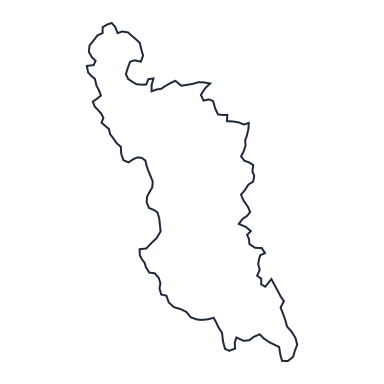 Itaú de Minas, Minas Gerais, Brazil
{"feature_id": "56859067B38132611717867", "entity_name": "Itaú de Minas", "entity_type": "district", "adm_level": 2, "iso_a3": "BRA", "parent_name": "Brazil", "parent_adm1": "Minas Gerais", "projection": "robinson", "projection_center": [-46.774, -20.734], "detail": "fine", "context": "isolated", "style": "outline", "palette": "slate", "viewbox_px": 384, "rotation_deg": 0, "n_neighbors": 0, "source": "geoboundaries", "source_scale": "gbopen_adm2", "svg_char_len": 2429}
<svg xmlns="http://www.w3.org/2000/svg" viewBox="0 0 384 384"><path d="M94.7,106.6L98.2,110.2L101.3,113.7L103.4,117.9L101.5,122.7L105.0,125.7L108.9,129.0L110.2,134.3L113.3,138.3L116.6,143.1L120.9,146.9L121.2,153.7L123.3,160.1L128.5,162.4L133.7,158.9L137.6,157.4L141.8,157.9L145.4,160.6L146.6,165.9L148.3,170.7L150.7,176.5L152.7,181.5L152.3,187.3L149.2,192.6L147.1,196.6L146.6,202.2L149.0,208.0L154.0,210.0L157.5,212.5L159.2,218.3L159.9,224.6L160.6,231.4L156.8,237.9L151.8,242.7L146.2,248.5L139.6,249.2L139.8,255.3L141.9,259.3L144.6,262.8L146.0,267.4L149.3,272.6L154.7,273.3L158.6,277.7L160.4,283.2L159.5,288.4L161.2,294.5L166.4,295.7L168.8,302.5L173.8,307.1L180.6,309.1L186.3,311.9L190.9,317.4L197.4,319.6L201.7,319.9L207.4,319.4L213.7,317.8L216.1,322.3L218.3,327.1L222.0,332.7L223.0,341.3L225.0,348.8L229.2,350.8L235.1,348.6L234.7,342.8L236.4,337.5L243.6,340.8L249.2,340.3L253.6,336.9L259.7,334.3L263.8,338.5L269.5,342.3L275.0,345.0L279.1,347.0L280.4,355.1L282.1,360.9L287.8,361.0L293.1,356.9L294.8,350.9L297.2,344.8L295.5,338.0L291.3,331.3L287.0,326.5L285.4,320.4L283.5,315.1L280.6,307.5L283.9,301.1L280.8,296.8L278.2,291.7L274.8,285.5L271.4,279.1L268.5,282.7L265.3,286.7L261.2,284.4L261.2,278.6L257.1,275.7L259.7,269.9L258.2,264.1L258.9,259.7L260.3,255.2L265.0,253.1L261.7,248.0L255.1,247.8L249.5,244.2L249.0,239.1L247.1,234.9L250.8,231.1L246.1,227.1L238.8,223.9L242.5,219.0L247.3,215.7L250.1,212.0L248.4,207.8L246.1,204.2L243.2,199.9L241.0,194.6L244.7,190.4L248.4,184.6L253.2,181.6L254.2,175.7L252.4,171.3L253.2,165.0L248.6,162.2L244.3,160.7L241.1,156.4L244.0,150.6L245.6,145.3L245.1,140.5L246.8,135.8L248.4,129.2L248.8,123.0L243.9,124.5L238.6,122.4L232.3,121.4L227.0,121.2L227.3,114.9L222.9,115.0L218.0,114.4L215.1,108.3L213.1,101.1L209.0,99.4L203.5,100.6L200.9,94.8L205.1,88.3L210.1,83.5L203.9,82.4L198.5,82.2L193.5,83.7L188.0,84.7L181.3,85.7L175.3,80.8L169.3,83.7L164.9,86.3L161.2,88.8L156.6,89.5L151.6,91.3L151.6,85.3L153.4,78.4L148.4,79.2L146.2,84.5L142.2,84.7L136.6,84.3L132.0,81.6L128.1,78.9L125.9,74.1L127.9,67.6L130.1,61.8L134.6,60.3L140.8,61.7L143.1,55.6L141.4,49.7L139.8,42.9L134.6,38.1L131.1,35.2L128.0,32.4L122.2,31.5L117.6,33.1L115.2,26.9L111.7,23.0L107.4,24.4L102.6,27.2L102.6,33.1L97.5,35.4L93.0,41.2L89.5,45.5L88.9,52.0L91.8,57.2L95.6,60.8L93.6,65.1L86.8,65.9L88.2,72.6L91.4,76.0L94.9,78.9L96.5,85.7L99.1,90.5L100.9,95.6L96.9,98.8L92.8,101.6L94.7,106.6Z" fill="none" stroke="#1e293b" stroke-width="2"/></svg>